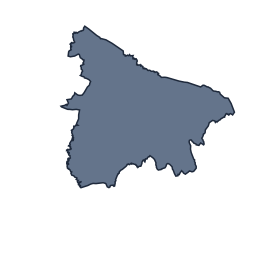 Songololo, Bas-Congo, Democratic Republic of the Congo (Albers equal-area conic projection), rotated 205°
{"feature_id": "63176286B29097498682851", "entity_name": "Songololo", "entity_type": "district", "adm_level": 2, "iso_a3": "COD", "parent_name": "Democratic Republic of the Congo", "parent_adm1": "Bas-Congo", "projection": "albers", "projection_center": [14.107, -5.44], "detail": "fine", "context": "isolated", "style": "filled", "palette": "slate", "viewbox_px": 256, "rotation_deg": 205, "n_neighbors": 0, "source": "geoboundaries", "source_scale": "gbopen_adm2", "svg_char_len": 5874}
<svg xmlns="http://www.w3.org/2000/svg" viewBox="0 0 256 256"><g transform="rotate(205 128 128)"><path d="M191.1,137.4L190.7,135.8L191.0,134.4L191.5,133.4L191.5,131.6L191.8,130.2L195.3,127.9L192.5,125.4L192.9,122.7L193.9,123.3L195.0,121.7L198.0,119.4L197.2,119.0L190.6,119.4L188.8,120.2L186.0,121.1L182.8,123.0L179.5,123.9L178.3,119.1L176.6,115.4L176.5,110.3L175.9,109.6L174.6,109.3L175.9,108.5L176.6,108.4L176.5,108.0L177.1,106.8L177.8,106.8L177.7,106.1L177.1,105.3L177.1,103.9L177.5,103.4L177.8,102.5L178.3,102.2L178.3,101.9L177.4,101.5L177.3,100.5L176.6,99.5L175.6,98.9L175.5,97.6L174.5,97.6L174.4,96.6L173.6,96.4L174.2,95.3L174.1,94.9L173.5,95.3L172.8,95.1L172.4,93.5L172.7,93.3L173.1,94.2L173.8,94.2L174.3,89.7L174.2,89.2L173.4,88.6L173.4,88.1L174.4,86.9L174.3,86.6L173.3,87.3L172.9,87.1L173.0,86.6L172.8,86.3L171.9,86.4L171.6,85.2L170.8,85.2L170.7,84.9L171.6,83.7L172.2,83.8L172.7,83.3L173.6,83.2L173.8,82.5L174.3,82.1L174.1,81.6L173.5,82.3L173.1,82.2L172.5,81.2L172.4,80.4L171.9,80.3L171.8,80.7L171.0,80.8L170.7,80.6L170.6,80.4L171.2,79.6L170.2,78.5L169.0,78.5L168.1,76.9L167.6,76.5L168.1,75.4L169.2,75.5L169.5,75.0L169.2,74.1L168.3,74.5L168.2,73.6L167.8,73.4L167.9,72.9L168.5,72.8L168.5,72.0L169.0,72.0L169.1,71.5L168.7,70.5L168.2,71.4L167.1,70.7L166.6,70.2L166.7,69.8L167.7,69.8L167.7,69.0L166.9,67.8L166.8,67.1L166.2,66.8L166.0,66.1L164.8,65.7L164.5,66.1L164.0,65.6L163.0,65.6L161.4,64.2L160.5,64.4L160.4,63.9L160.6,62.9L159.0,61.5L157.0,61.8L155.5,61.0L153.3,61.2L153.0,60.7L153.2,59.5L152.3,59.5L151.7,59.1L151.0,59.4L151.2,57.9L149.9,57.1L149.2,58.4L148.0,59.3L147.9,58.7L148.6,58.3L149.1,57.2L148.6,56.4L149.1,56.0L149.0,55.7L147.9,55.6L147.5,55.1L147.1,55.8L146.8,55.8L146.1,54.1L145.4,54.0L140.1,58.9L138.2,61.3L136.3,63.0L133.5,64.1L127.4,67.9L124.9,68.3L124.4,68.1L121.9,65.9L120.1,65.9L119.4,67.0L119.7,68.3L119.3,68.7L117.1,70.0L116.8,69.4L116.1,69.2L115.6,69.8L116.4,72.9L117.0,73.6L116.7,75.1L117.4,75.9L117.7,80.9L117.4,81.8L117.7,82.4L116.9,83.4L117.4,84.6L116.5,87.0L115.7,88.0L113.6,92.4L113.2,94.0L113.4,94.6L112.3,95.6L111.6,95.3L111.1,95.5L110.3,97.3L109.8,97.6L109.4,96.9L107.9,97.9L107.1,97.7L105.7,98.2L105.1,97.6L104.5,97.8L104.0,97.5L103.6,96.7L103.0,96.9L102.4,96.4L101.7,98.0L100.2,98.8L100.4,101.8L100.9,102.9L100.8,104.9L100.5,105.5L99.8,105.9L99.0,104.6L98.4,104.4L98.6,105.7L99.2,106.9L98.9,107.6L97.9,107.8L97.6,108.3L97.8,108.7L97.7,109.6L97.2,110.7L96.7,110.8L96.4,112.2L92.8,111.5L90.7,110.7L88.0,108.3L87.1,106.2L86.3,105.7L85.6,104.3L83.8,102.9L82.5,102.8L81.4,103.8L80.6,104.1L80.3,105.0L79.9,105.1L79.4,106.0L77.7,107.5L77.4,109.2L77.7,111.5L76.8,112.7L74.8,112.7L71.7,111.5L70.1,109.3L69.3,109.0L66.6,106.3L64.3,104.6L62.6,105.8L63.0,107.0L62.1,107.1L61.8,107.6L62.1,108.4L61.8,109.0L61.8,109.7L61.3,111.9L60.7,111.5L60.1,111.6L58.6,110.6L56.5,110.4L54.8,113.4L54.2,115.0L53.5,115.0L53.0,115.3L52.0,115.2L50.8,115.8L50.0,116.9L49.2,120.4L50.0,122.1L51.9,123.6L52.3,124.8L53.6,125.8L54.2,127.3L55.1,127.4L60.4,132.5L62.4,135.2L63.7,138.4L66.2,140.5L66.9,141.6L67.1,142.8L66.0,143.8L65.3,143.8L64.1,142.9L62.7,142.6L62.0,142.1L59.6,142.2L59.1,142.0L59.0,141.6L56.4,142.2L55.8,145.1L53.4,144.9L52.5,144.6L52.2,145.1L52.5,146.0L53.8,147.8L54.4,148.0L55.2,149.0L56.6,149.7L56.8,150.4L56.6,151.3L56.7,153.2L57.1,154.1L56.9,154.8L56.3,155.2L56.2,156.5L57.1,159.0L56.1,163.8L56.6,167.1L54.6,170.6L53.9,170.6L53.4,171.0L52.3,171.0L51.2,170.0L50.9,171.1L49.9,171.0L50.0,171.5L49.1,172.5L48.7,173.7L48.0,174.2L47.8,175.3L45.8,178.3L45.2,178.5L45.0,178.8L45.4,179.5L45.1,180.4L45.3,181.5L45.0,182.6L44.6,182.8L43.9,182.4L43.3,182.9L42.5,182.3L42.1,182.3L41.7,183.9L41.2,184.4L39.7,184.2L39.3,184.3L38.7,184.1L38.2,187.3L44.9,193.8L49.8,197.3L53.4,196.1L58.7,197.7L60.1,199.1L61.3,199.1L62.2,198.6L63.9,198.4L65.9,197.7L66.8,197.7L70.1,199.0L71.0,198.9L72.8,199.1L73.6,198.7L76.9,198.9L78.1,198.5L79.5,195.9L93.4,194.4L96.2,193.4L101.6,192.1L114.0,190.2L116.0,189.6L119.1,188.0L121.3,188.8L123.4,188.9L123.7,189.3L123.2,189.8L123.3,190.3L123.7,190.2L124.8,190.9L126.2,190.8L127.0,189.8L127.8,190.3L128.5,189.9L128.9,190.3L130.9,189.2L132.5,189.5L133.5,189.2L134.0,188.6L134.5,188.6L136.2,189.4L137.1,189.2L137.5,188.7L138.0,188.7L138.3,189.2L139.2,188.3L139.7,189.0L140.1,189.0L140.5,190.0L142.1,190.1L142.5,189.7L142.8,190.5L143.2,190.7L143.4,190.0L144.0,190.1L145.1,189.6L145.4,189.1L145.9,189.0L146.4,189.5L146.9,189.1L148.0,191.5L147.8,192.2L148.4,193.3L149.3,193.7L149.9,194.2L150.2,194.1L150.5,193.2L151.4,193.1L151.5,193.6L152.1,193.8L152.4,193.1L152.8,192.9L153.2,193.9L154.0,194.7L154.0,195.8L156.4,194.4L157.6,195.2L158.0,193.9L158.2,193.7L159.3,193.8L160.1,192.6L160.9,192.1L161.3,192.9L163.1,192.7L164.9,195.8L178.1,198.0L185.3,198.6L190.1,197.7L190.7,197.3L191.8,198.2L195.3,198.6L205.3,201.1L210.2,202.0L210.5,199.7L209.8,198.3L210.1,197.3L210.9,196.9L211.1,196.2L211.8,196.0L213.4,194.0L213.9,192.7L214.7,192.8L215.3,192.0L215.7,192.5L216.2,191.7L216.8,192.2L217.4,191.9L217.0,191.2L217.2,190.6L217.8,190.1L217.7,189.8L217.1,189.4L217.2,189.1L216.8,188.4L216.5,187.1L216.1,187.1L214.1,184.4L212.6,183.3L213.1,182.3L214.2,181.5L215.0,181.8L215.3,181.5L215.2,180.4L215.8,180.2L215.9,179.8L215.8,179.4L215.1,179.4L214.4,177.7L214.1,178.2L213.7,178.2L213.5,177.7L213.9,177.1L213.3,175.4L212.6,174.9L213.9,173.0L214.0,172.0L212.7,167.9L210.3,168.2L206.7,170.7L204.5,173.7L203.9,174.1L203.1,173.9L201.0,171.6L198.4,171.1L197.6,170.7L197.0,171.0L196.6,171.0L196.1,169.3L196.3,167.8L195.2,167.4L195.0,167.0L195.7,166.5L195.7,165.9L196.9,165.0L197.2,164.6L197.1,164.0L196.0,163.2L195.3,161.6L194.4,161.4L193.4,160.6L193.1,160.0L193.5,159.0L192.9,156.5L193.4,155.5L191.1,155.4L190.1,155.8L189.4,155.7L188.7,155.0L186.5,155.4L183.7,155.3L181.5,154.3L181.5,152.4L181.1,150.8L181.5,149.4L182.1,148.1L182.7,141.5L183.4,138.5L185.2,137.3L186.7,136.8L187.8,136.7L191.1,137.4Z" fill="#64748b" stroke="#1e293b" stroke-width="1.5"/></g></svg>